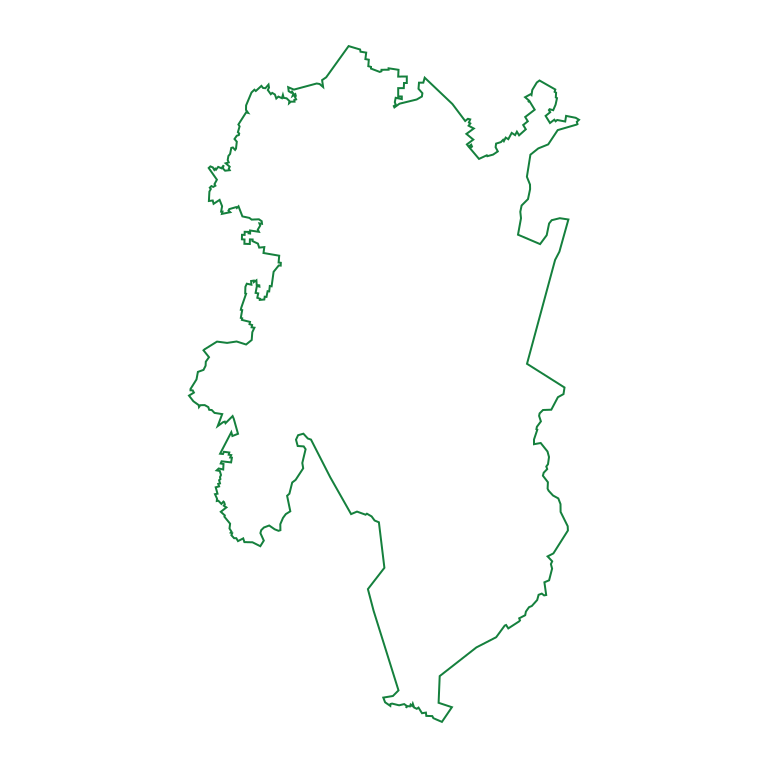 Ixhuatlán de Madero, Veracruz, Mexico
{"feature_id": "50627088B61499871451932", "entity_name": "Ixhuatlán de Madero", "entity_type": "district", "adm_level": 2, "iso_a3": "MEX", "parent_name": "Mexico", "parent_adm1": "Veracruz", "projection": "natural_earth1", "projection_center": [-98.023, 20.705], "detail": "fine", "context": "isolated", "style": "outline", "palette": "green", "viewbox_px": 768, "rotation_deg": 0, "n_neighbors": 0, "source": "geoboundaries", "source_scale": "gbopen_adm2", "svg_char_len": 6050}
<svg xmlns="http://www.w3.org/2000/svg" viewBox="0 0 768 768"><path d="M433.4,718.2L441.9,721.9L451.9,707.2L438.6,702.8L439.7,676.1L476.4,647.4L496.2,637.2L504.7,625.6L506.1,625.0L508.3,628.4L519.1,621.4L520.0,620.4L519.2,618.3L525.2,615.2L525.9,611.6L529.0,607.2L531.8,606.0L537.2,600.0L538.6,594.8L541.8,593.6L544.1,595.4L546.2,595.0L544.4,582.3L549.1,580.3L552.1,568.6L550.9,564.1L552.2,561.3L547.6,556.4L553.4,553.4L567.9,530.5L567.7,526.2L560.6,511.9L560.5,504.1L558.3,498.4L553.0,495.5L548.6,490.7L547.6,488.7L547.9,482.2L542.9,475.7L543.7,472.7L547.2,469.1L546.3,466.5L548.0,464.2L549.0,457.0L547.5,451.5L540.7,443.0L534.0,444.2L534.0,439.5L537.3,429.7L536.4,429.2L536.9,426.8L540.9,421.4L539.1,415.9L539.6,413.4L543.0,410.0L551.3,409.7L557.9,397.2L563.5,394.1L564.5,387.5L527.0,363.8L555.1,259.9L559.4,251.7L568.4,219.5L559.8,218.2L551.7,220.2L549.1,223.5L546.7,235.2L540.1,244.1L518.0,234.7L521.0,218.2L520.3,211.8L521.6,205.5L528.0,199.1L530.1,189.1L530.0,184.6L526.9,176.8L530.4,154.7L538.3,148.4L548.2,144.4L557.7,130.1L576.6,124.6L577.5,124.1L576.8,121.8L579.0,119.8L575.7,117.8L566.1,115.9L565.2,121.5L557.2,120.0L555.6,121.3L554.3,119.7L550.0,123.0L545.6,115.9L550.2,112.2L548.9,110.1L549.6,109.2L553.2,110.2L555.6,104.6L557.0,98.1L555.8,97.4L556.1,92.7L554.6,91.8L555.3,89.5L539.5,80.5L536.8,82.5L532.3,89.9L531.5,95.0L530.6,94.2L525.1,97.2L529.0,100.6L528.2,102.1L529.5,101.2L534.7,109.7L525.2,117.0L527.8,121.3L523.2,125.0L525.8,129.3L519.1,135.3L516.9,131.7L515.1,135.1L511.7,132.9L508.3,139.2L505.7,137.6L503.9,141.1L503.1,139.8L500.9,142.1L496.1,143.6L495.6,147.2L497.8,151.4L493.1,154.6L487.3,156.2L486.8,155.3L479.0,158.9L469.9,148.1L472.0,146.6L471.2,144.7L468.6,146.6L466.9,144.4L473.3,139.6L466.4,133.9L473.8,128.5L468.6,125.7L470.3,123.4L468.9,122.5L470.2,119.4L467.9,118.8L465.2,121.0L452.4,104.0L424.7,77.7L423.3,82.7L419.0,82.7L418.5,88.8L422.4,93.2L421.9,96.5L416.7,99.5L399.5,103.7L394.4,107.4L393.8,106.1L395.8,104.8L394.8,102.2L395.7,97.8L401.8,99.1L401.8,96.5L398.2,96.4L398.2,88.1L403.8,88.1L404.0,83.0L406.8,83.0L406.8,76.5L398.2,76.6L398.5,69.8L388.6,68.3L388.6,69.7L381.5,69.8L381.4,71.3L379.7,71.9L371.0,68.6L371.0,66.9L368.3,66.2L368.8,59.7L365.4,59.1L366.2,52.6L360.5,51.7L360.1,49.5L348.6,46.1L326.2,77.3L322.1,80.1L323.1,87.0L319.6,84.0L316.7,83.5L293.9,89.6L288.2,87.2L288.7,91.2L291.2,92.7L292.0,91.6L293.4,93.7L292.6,95.9L295.3,94.1L295.8,95.9L294.8,96.5L296.1,99.4L294.3,100.0L294.5,101.7L290.8,101.7L289.1,103.2L289.4,101.0L286.6,98.3L283.7,97.9L282.9,94.9L281.9,98.2L278.4,96.6L276.3,98.5L274.9,94.5L272.2,92.9L270.8,94.2L267.8,90.0L269.0,87.6L268.5,84.6L265.4,88.2L263.1,88.0L261.4,85.9L255.8,91.0L254.4,89.7L251.5,92.5L246.1,105.4L246.0,109.9L248.1,112.9L246.1,112.4L238.4,124.5L239.6,126.4L237.9,132.2L239.2,133.5L238.8,135.1L236.8,135.7L234.5,139.0L236.8,141.7L236.0,148.6L235.1,149.9L232.9,147.5L231.3,147.9L230.1,153.9L228.4,156.0L227.7,160.0L228.7,162.4L225.7,163.3L229.7,166.7L228.8,168.7L229.7,170.2L225.1,170.7L222.8,168.3L223.7,165.2L221.5,168.3L218.2,166.9L216.0,169.7L215.2,168.7L214.3,169.9L212.8,167.4L210.4,166.4L208.7,168.0L216.9,179.7L214.5,184.1L215.4,185.7L213.2,186.9L211.4,186.1L209.8,187.7L210.8,189.0L209.4,191.6L208.9,201.0L212.7,200.5L213.6,203.8L219.6,199.9L222.1,206.2L221.1,211.6L222.5,211.6L221.9,213.9L230.2,212.2L228.5,210.6L229.3,209.1L236.2,207.1L236.8,208.0L238.5,206.3L242.4,216.4L249.4,217.9L251.6,219.6L258.9,219.3L261.7,221.2L262.0,223.8L259.4,223.4L260.2,225.6L257.8,229.6L258.9,231.8L250.1,230.5L250.1,233.5L248.6,233.3L248.8,231.9L244.7,231.8L244.6,234.9L242.0,234.8L241.9,239.3L244.5,239.5L244.4,243.8L249.8,244.0L249.9,239.4L252.6,239.5L252.5,241.1L257.9,243.6L259.2,247.6L264.3,247.1L263.5,253.0L279.2,255.7L278.6,262.5L280.8,262.8L280.7,265.6L278.7,265.5L273.6,271.8L271.6,286.3L269.8,286.0L269.2,291.4L267.6,291.2L266.5,296.9L264.7,296.7L264.3,299.5L259.9,299.9L260.1,298.8L257.3,297.8L258.2,293.4L255.6,292.9L256.9,285.9L259.4,286.6L259.3,285.3L256.7,285.0L256.4,280.3L253.9,282.0L253.8,280.6L251.1,281.0L251.4,284.7L246.8,283.7L245.4,286.8L245.2,293.4L246.1,293.7L241.3,307.6L240.8,309.8L242.2,310.1L240.8,317.9L242.2,318.3L241.9,319.9L250.0,321.9L249.5,324.2L252.1,325.0L251.6,327.3L254.4,327.7L252.3,332.2L251.7,340.0L246.1,344.5L236.6,341.5L227.1,342.9L217.0,341.6L204.6,349.3L203.5,350.3L209.0,357.2L205.8,361.7L205.6,365.7L203.5,369.9L197.9,371.9L196.5,379.4L190.5,389.0L190.5,390.3L192.7,390.4L193.9,392.6L189.0,395.6L193.4,401.3L198.7,405.1L199.0,407.0L200.3,405.2L204.7,405.1L208.3,407.1L209.2,409.8L211.7,410.0L214.5,412.9L222.2,414.1L217.7,426.1L223.2,422.1L224.8,421.6L225.5,423.2L232.6,416.1L233.8,418.9L238.0,433.8L232.4,436.0L231.3,432.2L220.1,453.7L223.0,454.0L223.9,451.8L229.3,452.5L228.7,454.7L231.2,455.1L230.2,457.5L231.9,457.7L231.1,462.4L221.6,461.3L220.7,463.5L223.5,464.0L223.2,469.5L218.7,468.5L216.7,470.4L219.8,471.0L221.0,475.0L220.0,477.1L220.4,479.1L219.1,480.2L220.0,483.4L218.2,483.9L219.1,486.4L215.7,487.3L217.5,493.7L215.0,494.2L217.0,498.6L216.8,501.0L218.3,500.7L221.4,503.9L223.4,501.6L224.1,502.2L224.8,504.4L223.8,505.7L226.4,507.4L220.8,511.8L224.8,515.4L224.4,516.7L230.1,523.7L229.5,528.5L231.5,531.7L230.7,532.7L232.2,533.2L231.4,535.2L234.1,538.2L236.3,538.2L238.0,541.1L243.2,538.4L244.4,542.1L252.5,542.3L260.3,546.2L263.8,540.6L260.4,533.1L261.2,530.2L263.9,527.5L269.2,525.5L274.7,529.3L278.5,530.8L280.4,530.2L280.3,524.2L283.0,517.9L285.8,514.1L290.3,511.3L287.1,495.8L289.4,493.7L292.2,482.5L295.6,479.9L303.2,468.3L302.3,463.0L305.6,449.2L303.7,446.4L297.7,446.0L296.0,439.7L298.1,435.2L303.4,433.7L307.8,438.5L311.0,439.6L330.2,477.2L351.1,514.1L357.0,511.6L365.6,514.7L366.9,513.7L371.6,516.4L374.6,520.5L378.9,522.3L384.4,567.8L367.9,589.1L373.6,610.8L398.5,690.4L392.9,696.0L383.3,697.6L385.1,702.3L390.3,705.9L390.5,704.0L392.1,703.6L399.1,705.3L404.2,704.1L406.7,705.9L406.1,707.9L407.3,706.1L410.0,706.4L410.6,704.6L412.0,705.9L412.8,703.7L414.1,707.5L416.8,708.8L418.5,707.6L422.0,713.2L425.9,712.6L426.3,715.9L432.3,716.1L433.4,718.2Z" fill="none" stroke="#15803d" stroke-width="2"/></svg>